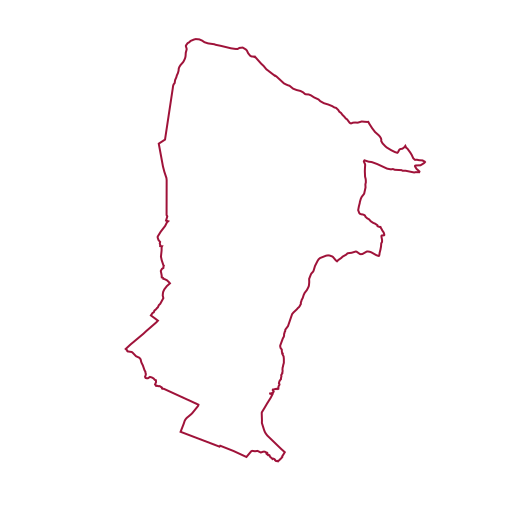 Crucisor, Satu Mare, Romania, rotated 198°
{"feature_id": "2599482B33084136959102", "entity_name": "Crucisor", "entity_type": "district", "adm_level": 2, "iso_a3": "ROU", "parent_name": "Romania", "parent_adm1": "Satu Mare", "projection": "albers", "projection_center": [23.236, 47.656], "detail": "fine", "context": "isolated", "style": "outline", "palette": "rose", "viewbox_px": 512, "rotation_deg": 198, "n_neighbors": 0, "source": "geoboundaries", "source_scale": "gbopen_adm2", "svg_char_len": 6082}
<svg xmlns="http://www.w3.org/2000/svg" viewBox="0 0 512 512"><g transform="rotate(198 256 256)"><path d="M371.1,443.4L373.8,444.2L376.9,444.5L380.3,443.7L381.9,442.7L384.7,440.3L385.5,438.7L386.8,437.3L387.7,434.5L387.5,433.8L386.2,432.0L385.8,431.1L385.6,427.6L384.8,424.5L384.6,423.0L384.6,421.7L384.9,419.3L385.2,417.9L386.8,414.2L387.3,412.2L387.4,410.5L386.9,408.2L386.8,405.7L387.1,403.4L387.0,401.3L387.3,398.3L386.8,395.4L387.4,393.7L387.4,392.1L386.9,389.3L378.5,338.6L383.2,332.8L372.2,312.5L369.2,307.8L365.3,302.5L364.4,300.5L353.7,267.3L352.7,266.4L352.6,266.2L352.5,261.9L350.3,261.9L351.1,260.4L351.7,256.5L354.1,249.8L355.5,244.1L355.2,243.1L353.7,241.1L351.5,239.7L351.4,238.2L350.6,237.1L350.2,235.8L348.4,236.2L348.5,235.8L348.3,234.6L347.5,232.1L346.2,226.0L344.4,222.9L341.3,218.7L340.7,218.3L340.8,217.9L340.4,215.9L341.4,214.8L341.8,213.2L341.9,212.3L339.7,208.4L339.4,207.4L339.0,206.5L338.3,206.6L337.6,206.4L337.0,206.0L337.0,205.7L335.3,205.7L333.2,205.4L330.3,204.0L329.4,203.4L331.5,199.8L332.9,195.9L333.2,193.3L333.0,191.7L332.5,189.6L331.1,187.3L332.3,180.9L333.2,179.3L333.5,176.7L334.0,176.1L334.3,175.2L334.9,173.9L335.6,173.0L335.8,172.5L335.7,171.5L335.9,170.8L336.8,169.8L337.6,167.0L329.3,164.2L330.3,162.1L337.3,150.5L339.1,147.2L347.8,133.4L351.2,127.3L349.5,126.5L349.1,126.1L349.1,125.9L348.6,125.6L344.5,126.3L343.6,126.0L339.1,123.6L335.6,123.2L334.2,122.4L333.7,121.9L332.5,119.9L331.6,118.8L329.8,117.0L326.8,113.0L325.4,111.7L325.0,110.7L324.5,110.1L324.2,109.4L324.1,108.2L324.2,106.8L323.3,105.9L321.8,106.0L320.8,106.5L319.6,108.2L317.6,108.3L315.6,107.9L313.9,106.9L312.8,106.9L312.1,105.2L312.3,102.6L311.6,102.2L311.0,101.6L310.7,101.6L310.3,102.0L308.6,102.0L307.8,102.4L306.9,102.4L306.1,102.1L305.2,102.0L304.5,101.5L304.5,101.0L304.2,100.8L302.5,101.2L264.8,96.8L264.7,95.8L264.9,95.1L268.0,87.0L268.7,85.6L271.9,80.5L272.6,78.7L272.9,77.1L272.9,74.2L273.4,65.5L231.8,63.4L231.4,64.5L217.1,63.6L203.0,61.9L200.2,68.8L199.8,69.2L199.4,69.5L196.6,70.0L194.3,71.1L190.7,70.6L188.7,72.1L187.2,72.6L185.9,72.4L185.8,72.1L185.4,71.9L184.6,72.3L184.3,72.1L184.0,71.3L184.3,70.9L182.9,70.3L182.6,70.7L181.7,70.7L180.4,69.3L178.1,68.4L177.6,68.0L177.1,68.6L175.6,68.5L174.8,68.0L174.8,67.7L173.6,67.2L172.7,67.4L172.4,67.7L171.6,67.5L171.0,68.7L170.6,69.2L170.4,69.9L169.7,71.0L169.1,72.4L169.2,72.6L168.9,72.9L169.1,74.2L168.7,75.3L168.0,78.3L172.5,80.3L188.3,88.0L189.9,88.8L192.0,90.3L193.3,91.5L194.6,93.1L198.8,99.0L199.5,101.4L202.1,108.6L202.1,109.4L200.9,114.4L199.9,119.0L198.2,125.8L197.6,129.5L200.0,129.4L200.1,129.6L198.9,130.2L197.5,131.4L197.3,132.5L198.5,133.4L198.7,133.7L198.6,134.3L197.7,134.6L196.4,135.6L195.8,135.6L194.9,136.4L194.1,136.2L193.7,136.6L194.2,138.4L194.3,139.1L193.9,140.9L194.2,141.5L194.8,141.9L195.0,143.1L194.9,144.8L194.2,146.7L194.5,147.5L194.7,149.7L195.2,150.4L195.2,150.8L194.7,152.6L195.0,153.0L194.9,153.5L195.2,155.0L195.7,156.0L196.2,158.1L196.2,159.2L196.4,160.6L196.5,163.0L197.7,166.7L198.7,169.0L200.8,171.1L200.5,171.5L201.7,172.7L202.6,175.0L204.1,176.0L205.0,177.4L205.3,178.3L205.0,186.0L204.6,187.9L204.8,189.4L205.2,190.4L205.1,191.4L205.3,192.4L205.0,193.3L205.3,194.8L205.3,195.2L203.9,199.2L203.7,211.9L202.9,213.9L200.7,217.9L200.1,219.4L199.3,220.7L198.8,222.5L198.7,223.6L198.5,224.2L199.0,225.7L198.9,227.2L199.0,228.2L198.6,230.4L198.6,233.8L198.3,236.0L197.1,239.3L196.6,242.3L196.5,243.8L196.7,245.0L197.3,247.6L198.4,250.7L198.1,255.6L197.9,256.5L196.9,258.7L196.7,259.7L196.8,264.8L195.9,270.5L195.4,272.3L194.4,273.9L189.4,278.0L187.6,278.9L186.1,279.2L183.2,279.1L182.4,278.8L178.7,276.5L177.3,276.0L176.5,277.6L174.3,280.5L173.4,282.2L170.7,285.1L169.8,286.8L168.7,287.4L166.1,288.6L162.5,291.1L161.7,291.2L157.8,290.0L156.9,290.1L155.4,290.8L152.1,294.4L151.3,294.8L149.7,295.1L148.3,295.2L146.8,295.0L142.0,294.0L139.6,293.9L139.2,294.0L139.0,295.1L139.4,297.2L139.6,300.4L140.0,303.5L140.8,306.8L140.5,308.1L140.6,308.8L141.1,310.3L142.7,313.2L142.9,314.0L142.8,314.3L142.5,314.5L140.8,315.1L140.5,315.5L140.7,316.2L141.8,317.8L143.9,319.4L144.5,320.1L145.7,321.1L146.6,322.1L147.2,321.8L149.6,321.9L150.1,322.8L152.9,323.6L154.7,323.7L157.6,324.5L159.8,325.8L161.9,326.2L164.1,327.2L164.8,328.1L165.6,328.4L167.4,328.5L168.6,328.2L170.3,328.3L171.1,328.8L173.0,331.2L173.5,335.1L173.7,338.5L173.9,339.5L174.0,342.8L173.8,344.6L173.5,345.6L172.6,348.0L172.4,348.8L173.0,355.0L174.1,357.9L174.3,360.0L175.0,362.0L175.5,363.1L176.8,365.2L178.7,370.3L179.5,373.1L180.3,376.3L180.7,377.1L182.6,379.1L182.6,380.0L182.4,380.5L178.0,380.5L175.6,381.0L174.5,381.1L169.1,380.9L158.3,379.6L154.4,380.1L152.7,381.0L150.6,380.9L144.2,382.6L142.8,382.4L140.2,383.3L131.4,384.3L130.0,385.1L126.7,386.1L126.7,386.9L128.9,387.9L129.8,388.2L130.8,388.9L132.3,390.2L132.6,390.6L132.6,391.0L132.0,391.5L127.6,393.1L125.1,396.0L124.6,396.8L124.3,397.6L124.9,398.0L126.5,398.1L127.0,398.4L130.5,397.5L132.6,397.3L134.6,396.6L136.6,397.5L139.2,400.3L141.3,402.1L145.2,404.9L146.9,405.5L147.4,406.3L148.0,406.9L148.4,405.5L149.9,403.3L151.8,402.3L152.4,401.6L152.8,400.4L152.8,399.7L153.1,398.4L153.5,397.8L156.1,397.8L160.1,398.4L165.2,399.6L166.9,400.3L170.4,402.2L172.4,404.0L172.9,405.6L173.5,406.5L175.0,407.8L176.5,408.7L181.1,410.7L185.0,413.4L188.8,416.5L190.7,418.3L191.5,417.9L194.3,417.2L197.0,416.6L200.5,414.2L202.9,413.6L204.9,412.8L206.5,411.5L207.2,411.4L208.2,411.7L211.6,414.1L213.1,414.5L215.1,415.8L217.5,417.0L219.3,418.3L221.4,419.0L222.9,420.3L225.6,421.6L227.4,421.5L229.9,422.1L234.1,422.4L238.6,422.3L242.7,423.1L244.9,424.2L249.8,424.8L253.6,425.8L255.9,425.9L258.5,425.2L259.5,425.2L261.8,426.2L264.7,426.7L268.6,426.4L272.4,426.6L276.8,428.3L277.8,428.2L280.2,428.4L282.8,428.8L292.1,433.1L293.6,433.5L293.7,433.2L303.9,436.8L307.5,439.1L310.5,440.5L318.7,445.3L319.1,444.7L320.0,444.9L321.4,444.5L322.1,444.4L323.5,444.7L326.1,446.4L328.2,448.6L329.5,449.3L331.2,449.7L333.1,450.1L336.0,448.8L337.5,447.2L339.4,446.6L344.0,445.8L354.4,445.0L359.7,444.4L361.1,444.5L367.3,443.4L371.1,443.4Z" fill="none" stroke="#9f1239" stroke-width="2"/></g></svg>